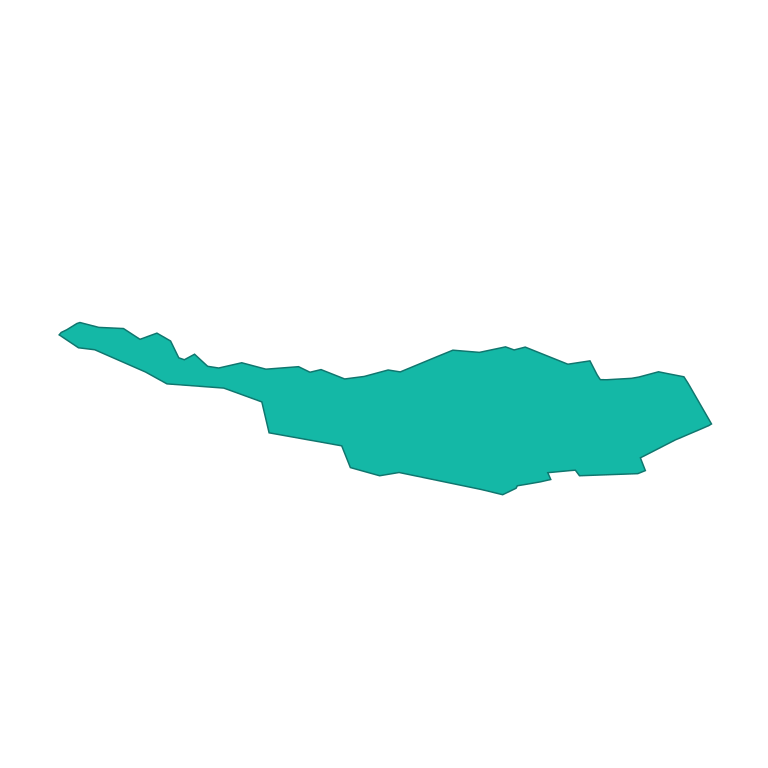 the district of Halfa Aj Jadeedah, Kassala, Sudan, rotated 286°
{"feature_id": "16777658B66580925278761", "entity_name": "Halfa Aj Jadeedah", "entity_type": "district", "adm_level": 2, "iso_a3": "SDN", "parent_name": "Sudan", "parent_adm1": "Kassala", "projection": "equal_earth", "projection_center": [35.632, 15.558], "detail": "fine", "context": "isolated", "style": "filled", "palette": "teal", "viewbox_px": 768, "rotation_deg": 286, "n_neighbors": 0, "source": "geoboundaries", "source_scale": "gbopen_adm2", "svg_char_len": 1123}
<svg xmlns="http://www.w3.org/2000/svg" viewBox="0 0 768 768"><g transform="rotate(286 384 384)"><path d="M463.0,575.6L453.7,555.3L458.4,509.6L452.6,499.7L453.2,490.6L440.7,467.0L435.5,440.9L425.2,427.8L400.1,396.3L398.6,384.1L385.8,362.9L378.0,344.8L380.5,319.5L374.9,309.6L377.1,297.1L365.7,266.4L365.2,241.4L353.8,220.7L352.4,209.6L360.4,193.7L352.3,185.4L352.6,179.5L366.5,167.0L370.3,151.7L359.7,137.1L365.5,118.3L359.8,94.2L359.3,74.8L357.5,72.1L348.7,64.1L344.6,59.5L341.7,58.2L334.6,80.3L337.2,96.5L329.8,151.4L324.3,175.3L335.9,231.1L333.1,271.5L305.4,287.0L312.9,360.4L294.4,374.7L294.6,405.1L303.1,422.9L309.4,506.6L310.3,528.6L320.2,539.7L322.9,540.2L328.0,550.9L333.1,561.4L338.2,570.6L343.9,565.9L352.0,586.6L353.9,591.7L349.7,597.2L367.8,652.7L372.8,659.1L383.7,650.8L410.7,679.6L415.0,685.0L416.9,687.3L420.0,691.1L426.9,699.6L429.5,702.8L433.1,707.1L433.2,707.4L433.9,708.0L435.4,709.4L435.8,709.7L435.9,709.8L468.4,676.2L473.6,670.3L472.2,654.3L471.4,644.5L461.0,627.2L457.7,620.4L449.5,597.0L447.8,590.8L448.8,589.5L451.6,586.3L463.0,575.6Z" fill="#14b8a6" stroke="#0f766e" stroke-width="1.5"/></g></svg>